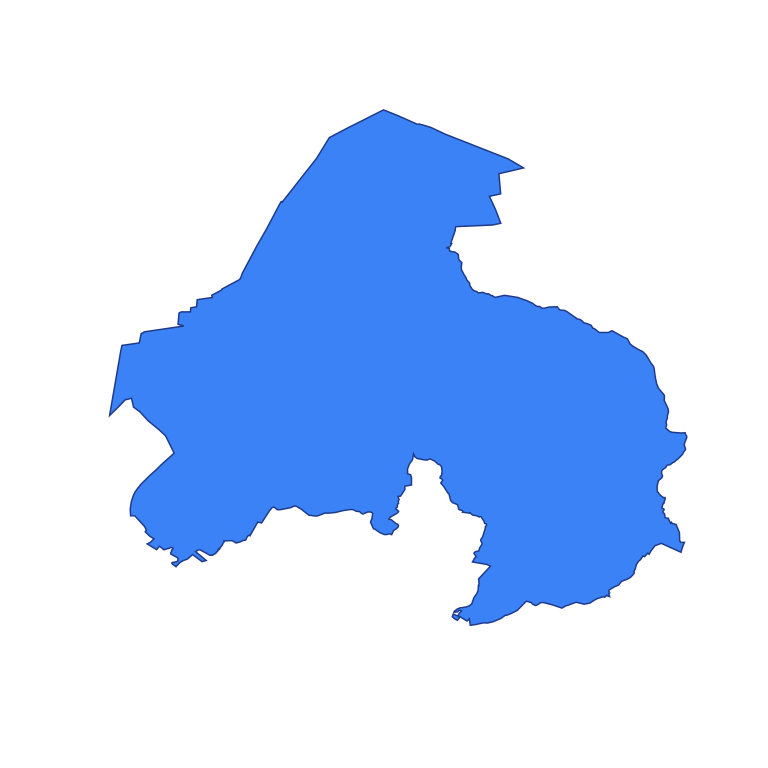 the district of Emiliano Zapata, Hidalgo, Mexico, rotated 255°
{"feature_id": "50627088B36596593410465", "entity_name": "Emiliano Zapata", "entity_type": "district", "adm_level": 2, "iso_a3": "MEX", "parent_name": "Mexico", "parent_adm1": "Hidalgo", "projection": "natural_earth1", "projection_center": [-98.616, 19.664], "detail": "fine", "context": "isolated", "style": "filled", "palette": "blue", "viewbox_px": 768, "rotation_deg": 255, "n_neighbors": 0, "source": "geoboundaries", "source_scale": "gbopen_adm2", "svg_char_len": 6171}
<svg xmlns="http://www.w3.org/2000/svg" viewBox="0 0 768 768"><g transform="rotate(255 384 384)"><path d="M522.3,271.6L517.7,252.1L516.7,251.1L514.3,240.6L512.0,240.6L513.8,225.4L507.1,222.9L507.6,217.1L503.8,215.7L506.1,206.8L505.6,204.4L495.0,200.5L491.8,205.7L496.4,166.2L495.4,162.4L487.0,158.3L489.1,140.9L484.1,138.3L424.6,110.8L429.6,119.8L435.9,130.3L435.6,131.2L435.6,136.4L426.5,136.1L420.3,141.0L409.4,146.7L398.0,154.9L390.4,159.6L371.5,163.4L363.6,147.8L361.1,143.6L355.9,133.5L350.1,123.3L345.9,117.7L343.9,115.4L341.2,113.1L336.3,109.8L329.2,106.6L322.3,105.1L321.2,109.1L308.3,115.9L304.1,116.6L303.1,115.1L302.3,115.5L297.3,118.6L294.1,121.7L291.7,117.8L290.8,113.9L282.9,121.4L285.4,125.3L280.8,128.5L281.0,132.7L280.8,133.6L281.4,135.9L280.3,137.6L279.4,137.6L278.4,135.7L277.0,135.3L276.3,134.4L274.8,134.1L269.6,139.7L267.6,139.5L266.4,139.0L266.2,138.2L266.1,135.6L266.4,133.6L266.0,132.7L264.8,133.0L261.4,135.8L261.9,136.1L262.4,137.6L263.8,139.6L264.7,141.8L265.4,144.5L265.8,149.0L268.8,154.9L259.5,162.3L259.5,166.6L270.9,158.6L271.8,161.8L271.4,163.4L263.6,171.6L263.0,173.7L263.4,174.3L263.2,175.1L263.9,176.5L263.8,177.5L265.1,178.7L265.2,179.8L266.8,180.8L266.5,181.0L266.8,181.8L267.3,181.4L267.7,181.7L267.6,183.0L268.3,183.4L270.3,186.2L271.9,187.3L272.9,188.8L273.9,188.8L272.0,196.8L268.7,200.0L268.7,204.4L269.3,207.2L269.1,210.1L272.2,212.6L272.9,214.9L272.1,215.3L283.3,226.3L281.5,229.8L291.7,241.1L292.0,242.0L293.3,243.1L293.7,245.2L293.1,246.3L290.3,248.3L289.5,250.8L288.7,261.4L289.4,266.5L287.9,268.5L284.2,271.9L276.8,277.4L274.1,283.8L273.8,285.8L274.6,293.5L273.5,297.6L272.5,303.6L272.3,311.8L271.5,318.8L270.6,321.7L268.2,324.3L267.1,327.3L264.7,328.9L263.9,330.0L264.6,335.2L263.9,337.8L262.8,339.3L261.7,339.5L257.0,337.4L254.1,335.2L246.8,336.4L246.1,337.7L241.6,341.4L238.6,345.2L237.9,347.5L238.0,350.3L236.5,352.4L240.2,355.5L240.7,357.8L241.9,360.3L243.5,361.3L244.8,361.1L246.3,359.3L251.1,355.8L252.2,353.8L253.1,354.3L254.2,357.1L255.7,363.0L256.6,364.6L257.3,365.2L260.4,363.0L261.0,363.4L261.4,364.7L264.4,366.1L265.0,367.2L266.8,367.3L268.5,368.7L271.8,368.4L271.4,371.0L276.7,376.9L279.9,377.6L279.3,384.4L286.4,386.3L289.5,386.2L291.2,383.6L295.8,384.7L300.2,387.9L303.4,391.9L308.8,394.4L305.7,395.0L303.4,396.8L300.3,403.2L299.3,406.2L299.8,407.8L299.7,409.2L296.4,413.0L292.3,415.7L291.7,417.0L289.4,418.1L284.9,417.6L281.1,416.1L280.0,414.4L278.4,413.8L277.5,415.2L275.9,415.9L273.7,413.2L269.4,415.2L262.3,417.4L261.2,418.3L254.2,418.2L251.7,419.5L248.6,423.6L245.5,424.0L243.9,423.6L242.9,424.4L242.2,426.0L241.5,426.7L240.5,427.3L239.8,426.7L237.1,433.3L237.5,433.3L237.1,434.0L234.6,435.5L232.4,439.9L230.8,441.7L231.0,442.5L230.4,443.8L229.2,443.8L225.7,445.1L223.4,445.1L222.5,446.6L221.1,446.6L219.8,444.8L218.7,444.7L211.8,440.3L210.5,439.4L209.1,437.6L207.8,436.9L204.2,437.5L200.6,433.7L198.3,432.5L198.3,428.9L197.8,427.5L196.9,427.1L193.4,428.3L192.3,426.4L189.2,423.4L183.1,436.7L180.5,439.7L171.8,425.8L171.5,425.8L171.3,424.9L166.5,424.2L165.4,423.3L164.7,423.4L164.8,423.0L160.2,421.4L157.3,419.2L154.3,415.5L149.0,411.9L147.6,409.0L147.4,405.3L148.1,399.0L147.6,396.2L146.3,393.2L145.4,392.5L144.8,396.2L146.1,397.8L144.9,400.2L142.4,396.6L140.6,395.5L143.9,391.4L141.6,389.7L139.2,391.2L136.8,393.7L138.1,395.7L139.8,396.9L133.7,402.7L133.6,403.1L135.2,405.7L128.6,404.9L127.9,410.6L127.6,418.0L126.3,422.4L126.2,425.3L126.1,427.8L127.3,436.5L129.3,441.3L128.8,442.2L129.5,447.8L130.8,454.1L136.9,464.4L137.3,465.6L134.8,469.5L132.8,470.7L131.0,472.7L130.8,474.2L132.3,479.2L131.4,481.9L127.2,489.3L121.5,497.9L122.7,502.4L122.7,504.6L123.5,513.1L119.5,520.3L119.1,526.1L121.1,532.3L121.5,534.7L121.8,540.5L120.9,542.0L122.3,544.5L121.7,544.7L120.2,546.9L123.1,546.8L123.8,547.9L125.9,547.5L126.8,548.2L128.5,554.2L129.1,558.6L131.9,562.4L132.5,568.7L133.5,572.2L136.2,576.5L138.9,577.3L140.1,578.7L144.0,580.9L146.8,583.8L147.9,586.2L150.9,589.6L149.8,591.0L152.3,595.0L150.9,596.0L153.4,598.4L157.7,603.9L158.3,610.6L144.6,627.3L149.3,630.2L153.3,633.2L154.2,629.9L155.8,629.0L164.1,630.9L172.7,629.8L174.7,626.5L175.2,625.9L175.8,625.9L175.1,625.0L179.9,623.8L180.7,624.0L181.7,621.4L182.9,621.0L186.3,621.4L187.3,620.3L188.5,620.2L189.9,621.9L190.5,622.1L192.5,620.3L195.5,622.2L196.3,622.9L196.5,623.7L197.7,624.1L199.9,625.7L201.6,626.1L201.7,624.8L204.0,622.9L206.7,621.2L207.9,621.1L208.7,620.3L209.9,620.2L215.0,621.5L219.3,623.9L220.4,625.6L221.2,627.8L222.6,629.0L223.6,629.3L225.5,628.9L227.8,629.6L229.0,630.6L230.4,634.6L231.6,635.4L232.2,636.9L232.0,639.5L233.3,642.6L233.7,644.7L235.1,647.1L235.3,648.2L238.7,654.0L241.0,656.1L242.2,657.9L243.2,658.5L247.2,658.2L249.0,658.9L253.6,662.4L255.1,662.9L257.4,662.2L258.9,662.3L259.9,657.9L262.8,649.7L264.1,647.7L268.3,644.9L269.1,645.0L271.0,646.3L274.7,646.7L278.0,649.1L279.4,649.2L283.5,651.6L286.5,652.0L295.7,650.4L299.5,651.7L301.1,651.7L308.6,648.1L313.7,647.4L320.4,647.8L328.9,648.9L331.4,648.9L334.7,647.4L344.0,644.8L348.3,642.3L351.6,638.5L356.1,634.2L358.7,632.2L363.4,631.1L364.7,630.7L365.5,629.8L367.6,627.1L376.2,618.3L376.5,617.6L375.7,614.1L378.1,605.1L383.0,601.6L383.8,600.2L387.1,599.3L389.6,596.1L391.5,592.7L393.2,592.0L395.6,590.1L396.9,587.5L406.0,579.9L408.4,577.5L409.7,573.5L410.8,572.5L413.7,571.4L415.6,563.5L415.7,558.6L416.3,556.2L418.7,554.4L419.1,552.3L420.8,550.4L423.4,548.5L427.6,543.5L433.0,535.6L438.2,524.0L438.5,522.8L438.9,513.9L440.0,512.5L441.4,511.5L441.7,510.5L444.0,508.4L444.9,505.8L447.0,503.0L447.5,498.8L449.2,497.6L450.9,495.0L452.4,493.9L456.7,492.4L459.4,492.8L463.1,490.9L465.8,490.7L468.9,489.6L474.1,488.5L476.0,488.6L481.3,490.6L483.9,488.8L485.7,488.5L489.9,489.3L493.2,486.5L494.0,484.4L495.5,481.8L497.9,482.1L499.5,479.3L499.4,482.9L502.0,485.8L502.7,485.0L514.0,492.6L515.6,493.0L517.4,494.2L509.5,529.9L509.0,538.4L523.5,536.9L538.0,534.4L537.5,545.9L557.4,549.4L556.6,574.7L569.2,562.3L609.6,507.6L619.7,495.7L626.0,485.4L626.3,483.3L639.1,467.5L648.9,454.4L640.7,415.0L636.2,395.0L619.6,377.5L586.0,332.7L586.7,332.6L586.6,331.5L564.6,311.1L550.1,296.7L527.5,275.7L524.1,273.4L522.3,271.6Z" fill="#3b82f6" stroke="#1e3a8a" stroke-width="1.5"/></g></svg>